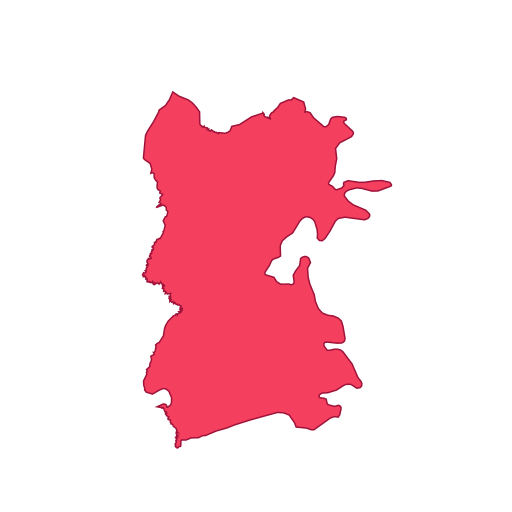 Kham Ta Kla, Sakon Nakhon, Thailand (orthographic projection), rotated 69°
{"feature_id": "78962969B89858575119676", "entity_name": "Kham Ta Kla", "entity_type": "district", "adm_level": 2, "iso_a3": "THA", "parent_name": "Thailand", "parent_adm1": "Sakon Nakhon", "projection": "orthographic", "projection_center": [103.783, 17.84], "detail": "fine", "context": "isolated", "style": "filled", "palette": "rose", "viewbox_px": 512, "rotation_deg": 69, "n_neighbors": 0, "source": "geoboundaries", "source_scale": "gbopen_adm2", "svg_char_len": 6160}
<svg xmlns="http://www.w3.org/2000/svg" viewBox="0 0 512 512"><g transform="rotate(69 256 256)"><path d="M430.1,279.8L434.7,270.6L438.1,266.5L439.0,264.2L433.9,244.7L434.0,240.5L435.9,236.9L434.2,234.7L429.7,231.7L427.9,230.9L426.6,231.0L424.9,232.5L424.6,236.5L420.7,242.0L418.8,242.4L414.8,241.8L413.4,243.2L411.2,247.2L409.6,247.6L408.3,246.4L407.6,243.7L409.4,237.9L410.0,228.8L408.1,219.8L408.2,217.5L409.8,213.4L415.5,209.3L416.2,206.3L415.4,204.2L413.2,202.9L410.9,202.9L406.0,204.4L391.2,205.0L376.5,209.2L374.3,210.5L372.3,213.1L371.1,216.2L370.4,221.1L369.4,223.3L365.0,224.7L362.4,224.3L361.3,222.7L362.0,220.2L366.4,211.6L367.8,207.6L367.9,206.2L367.2,204.0L364.9,202.4L352.8,200.0L347.4,199.6L343.5,201.4L339.7,205.3L337.1,210.1L332.9,214.6L327.2,216.7L319.5,216.8L313.2,215.5L301.6,215.8L294.4,214.9L285.8,212.2L281.7,207.5L276.9,207.5L275.0,208.8L274.0,210.2L273.7,213.3L274.5,215.3L280.6,218.7L284.2,224.5L287.4,228.2L293.6,229.6L295.2,230.6L295.6,232.2L295.3,234.1L294.2,234.8L291.1,243.2L287.3,245.9L282.3,246.9L277.0,253.8L275.7,254.1L274.2,253.2L269.7,246.9L265.9,243.1L265.1,240.9L265.3,235.5L264.8,233.1L255.1,229.7L251.2,226.0L249.0,220.0L247.6,213.5L239.3,202.8L237.7,199.5L237.2,196.1L237.8,194.1L239.5,191.5L242.7,189.4L245.3,188.9L253.2,189.5L257.9,190.8L261.1,192.4L264.3,191.2L265.5,188.6L264.3,185.1L258.9,177.6L251.9,169.4L250.4,165.6L251.7,158.9L261.1,141.7L261.1,138.2L259.9,135.9L258.5,135.1L257.0,135.2L252.6,137.1L243.2,146.8L237.8,150.2L231.4,152.1L228.8,150.4L227.9,148.2L227.6,145.1L228.5,137.6L230.6,133.3L237.0,124.4L239.0,118.8L239.1,105.4L238.8,104.3L237.8,104.0L235.3,104.6L230.7,111.4L228.1,119.2L226.2,127.9L224.2,133.4L218.7,143.0L218.7,147.5L220.1,148.5L221.7,148.6L223.3,151.7L223.0,157.2L222.4,158.0L218.1,159.8L215.1,162.5L213.7,162.0L208.6,154.7L206.3,152.5L200.7,149.9L194.2,145.8L184.1,143.2L180.3,137.2L178.8,124.1L176.9,121.4L175.8,120.9L174.1,121.1L163.7,126.2L162.3,126.1L161.4,125.2L161.2,122.8L159.8,122.4L158.4,123.4L155.0,129.7L153.9,135.0L154.9,137.3L159.3,141.0L160.4,144.2L159.7,146.2L147.5,152.8L141.6,154.1L139.5,156.7L139.1,158.7L136.4,157.0L129.3,156.3L121.6,164.1L123.0,167.4L121.9,169.8L122.3,178.6L125.1,182.6L127.0,187.4L127.7,187.9L127.8,189.9L129.3,192.3L131.3,193.7L132.3,193.2L133.0,193.5L132.3,193.9L131.6,195.5L130.7,195.3L130.3,196.6L128.5,198.1L127.3,198.3L127.1,197.7L125.7,197.7L124.6,198.2L125.1,198.4L124.5,210.3L127.4,224.3L126.3,232.1L129.7,235.2L130.5,238.3L130.3,241.1L127.7,246.0L128.1,247.1L127.4,247.0L127.1,248.5L126.3,248.7L125.8,250.0L124.9,250.4L124.7,251.3L123.9,251.3L122.2,252.5L123.2,254.0L121.9,255.1L120.7,254.5L120.5,256.1L119.9,255.3L119.1,255.4L117.3,258.2L116.2,257.9L116.6,259.2L116.1,260.0L115.5,259.8L114.4,260.8L112.5,261.1L101.2,257.0L95.3,258.6L90.2,260.6L86.1,263.2L79.1,270.7L73.0,274.9L78.8,280.5L83.1,286.6L85.0,294.1L86.9,295.5L93.9,303.5L100.5,312.4L103.8,315.9L124.2,326.0L125.9,325.6L131.7,321.7L137.6,322.1L141.1,324.6L141.1,322.8L142.7,321.6L146.4,323.0L149.8,322.4L151.5,321.4L155.8,323.6L157.3,323.9L158.9,323.7L161.0,322.1L162.7,323.3L165.0,321.0L167.4,325.0L169.3,324.9L171.3,327.3L172.6,326.1L173.7,326.3L173.6,328.6L175.0,331.9L175.1,324.4L177.5,322.7L178.8,322.4L180.8,323.3L182.5,322.5L183.6,322.7L187.1,325.3L186.9,326.6L189.9,330.0L194.8,329.8L199.5,333.0L200.0,334.1L201.0,334.1L205.3,339.1L204.8,340.1L205.4,340.8L205.0,342.6L206.5,343.4L206.4,344.2L207.2,344.6L207.0,345.6L207.4,345.4L207.5,346.0L208.9,346.6L209.9,349.4L210.4,349.1L210.9,349.7L211.8,348.8L212.8,349.5L213.0,350.9L213.8,350.5L214.2,351.9L216.0,352.4L215.8,353.2L216.3,353.4L216.2,354.1L217.6,354.5L217.9,355.5L218.6,355.5L219.4,354.5L220.5,354.6L220.6,355.8L219.8,357.2L220.7,357.2L220.6,358.8L222.3,360.0L224.5,359.5L225.8,359.9L225.8,360.4L224.9,360.8L225.3,361.7L227.2,361.3L228.0,362.8L229.4,363.1L230.0,364.8L230.9,364.1L232.0,365.0L232.0,366.3L231.3,366.9L232.9,368.7L233.6,368.7L234.1,367.6L235.0,368.4L235.4,366.5L236.6,367.0L237.6,366.4L238.1,366.9L238.3,365.8L240.9,367.0L241.6,365.9L241.5,365.1L242.2,365.1L242.4,364.2L243.1,364.0L243.4,362.9L242.8,361.9L243.9,362.1L244.3,360.6L245.2,362.0L246.3,361.4L245.6,357.8L247.5,356.6L245.9,354.3L247.9,354.2L248.5,353.5L250.2,353.9L249.5,352.6L251.0,352.1L251.7,353.3L251.1,353.8L252.8,355.1L253.8,353.7L255.9,354.9L256.1,353.9L257.2,353.0L258.6,354.3L258.7,352.7L259.6,352.5L260.4,349.0L262.0,350.2L263.1,350.3L262.7,351.4L264.4,350.7L264.2,352.4L265.2,352.2L266.1,351.3L266.1,352.2L267.5,352.7L267.1,351.7L268.8,351.4L269.1,349.5L270.2,348.7L270.1,350.0L271.0,350.1L270.9,349.1L272.8,347.4L272.9,346.5L273.8,346.6L274.1,345.2L275.3,344.7L275.7,343.9L277.4,345.6L279.3,345.6L279.4,345.2L278.0,344.4L278.0,343.7L278.8,343.6L280.4,344.7L280.4,345.3L279.6,346.2L281.3,346.0L280.4,348.0L281.9,347.5L281.9,350.1L282.8,350.6L281.7,350.8L281.5,351.5L282.4,352.4L282.2,354.3L285.2,361.1L288.5,365.3L290.7,367.2L297.3,371.0L302.1,377.4L302.1,379.3L303.1,381.7L304.0,381.5L308.7,384.2L309.6,385.8L309.3,386.3L311.4,386.2L311.9,390.1L314.5,390.4L316.7,391.6L318.2,393.4L321.2,394.9L322.8,398.9L324.6,398.7L325.2,399.9L327.3,400.4L332.4,405.8L336.4,407.1L339.9,407.3L341.0,408.0L343.7,407.3L347.8,402.2L346.5,393.8L346.5,390.3L347.5,388.0L351.0,385.8L358.0,385.6L361.6,387.0L364.3,388.7L365.5,392.6L365.2,393.4L363.4,393.0L362.1,393.6L360.9,395.5L361.3,402.4L363.5,398.8L364.4,398.4L364.3,396.8L368.9,396.8L369.2,395.7L370.0,395.6L370.8,395.8L370.6,396.9L371.2,397.1L372.6,396.4L373.0,396.7L374.8,395.1L375.7,396.3L376.5,396.4L377.0,395.9L377.3,396.4L378.6,394.7L380.3,395.5L381.6,395.1L382.1,395.6L383.3,394.2L385.5,394.1L388.1,392.4L390.8,392.5L391.2,393.0L392.8,392.3L392.0,393.5L392.7,394.1L393.9,393.9L395.1,394.4L395.5,393.5L395.8,394.4L396.8,394.1L396.4,395.4L397.2,395.3L397.1,396.0L398.1,395.4L398.3,395.9L399.6,396.1L399.5,396.9L401.4,397.2L402.6,398.9L403.8,398.8L404.5,399.5L406.2,399.1L407.0,398.3L407.0,397.4L406.2,396.4L406.7,395.0L406.3,394.3L401.4,392.2L401.2,391.1L402.7,387.3L402.6,381.7L405.0,374.8L404.6,370.3L405.5,367.4L405.1,355.9L406.1,344.6L406.0,336.8L407.0,319.9L409.7,292.2L412.3,286.4L416.4,282.0L425.3,279.8L430.1,279.8Z" fill="#f43f5e" stroke="#9f1239" stroke-width="1.5"/></g></svg>